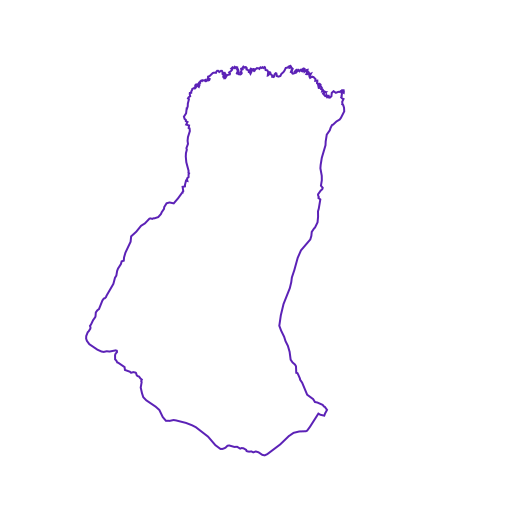 the district of Kham Thale So, Nakhon Ratchasima, Thailand, rotated 203°
{"feature_id": "78962969B48242512834839", "entity_name": "Kham Thale So", "entity_type": "district", "adm_level": 2, "iso_a3": "THA", "parent_name": "Thailand", "parent_adm1": "Nakhon Ratchasima", "projection": "equal_earth", "projection_center": [101.939, 15.02], "detail": "fine", "context": "isolated", "style": "outline", "palette": "violet", "viewbox_px": 512, "rotation_deg": 203, "n_neighbors": 0, "source": "geoboundaries", "source_scale": "gbopen_adm2", "svg_char_len": 6118}
<svg xmlns="http://www.w3.org/2000/svg" viewBox="0 0 512 512"><g transform="rotate(203 256 256)"><path d="M130.5,142.1L133.7,144.0L134.6,144.0L136.5,145.0L142.3,145.1L144.7,144.6L147.5,146.6L154.7,148.3L164.0,157.4L167.1,159.4L167.7,160.4L170.8,163.3L172.1,164.4L173.3,164.2L176.1,170.1L177.7,171.3L180.8,172.3L183.6,174.1L187.6,180.9L191.5,185.7L195.6,189.2L198.5,192.6L203.8,197.2L207.3,200.9L210.0,211.2L211.9,222.6L212.3,239.6L213.3,245.6L214.6,250.3L215.2,257.9L216.9,270.6L216.8,278.8L212.5,292.4L212.9,296.1L214.1,300.0L213.3,304.1L212.8,305.2L212.5,311.0L214.2,316.4L216.4,321.4L216.7,324.0L218.9,333.2L221.2,333.8L221.3,334.9L222.4,335.9L223.0,337.0L222.0,341.5L221.1,343.4L221.2,344.8L223.7,346.1L225.0,351.4L226.8,355.5L231.0,361.9L232.1,365.2L233.8,372.1L235.3,385.1L236.6,388.6L238.3,395.4L237.2,400.5L237.4,403.1L237.2,406.2L236.4,407.0L234.5,411.3L232.3,414.3L231.8,416.4L231.3,423.6L232.9,426.9L234.8,429.1L236.0,429.4L236.0,430.2L236.9,431.5L236.8,434.7L238.3,434.7L239.6,435.3L239.5,436.5L239.9,436.9L239.9,437.9L241.0,439.8L240.6,440.5L239.0,440.4L239.3,441.5L240.1,442.8L241.6,442.2L241.8,441.3L242.5,440.9L242.9,439.8L244.3,439.3L246.3,437.4L249.0,438.0L250.0,435.8L249.0,432.5L249.9,430.6L251.6,430.2L251.4,431.5L251.7,431.9L252.7,431.3L253.0,430.4L254.2,431.9L254.4,430.4L254.7,430.2L257.8,431.7L257.7,432.3L256.9,432.5L255.8,434.2L256.7,434.0L257.2,434.3L257.9,433.8L258.7,434.5L259.5,433.6L259.8,435.2L261.4,435.1L261.5,435.5L261.1,436.5L262.8,437.7L263.6,436.6L263.6,435.3L263.9,435.2L265.3,437.2L264.2,437.5L263.7,439.0L264.8,439.4L265.8,438.7L267.3,438.8L267.6,439.3L267.5,440.1L268.1,441.4L269.9,440.4L270.4,442.1L273.0,443.2L274.1,442.8L274.5,443.0L275.8,441.1L276.9,442.0L276.7,445.3L277.6,444.4L278.7,445.2L278.6,443.7L280.0,444.2L280.2,443.2L280.7,443.1L280.5,445.5L281.4,445.3L281.7,445.7L281.1,446.5L281.3,447.5L282.7,446.5L283.5,444.5L284.6,445.9L284.5,447.2L285.3,447.3L285.8,446.8L285.5,445.9L285.5,444.6L285.2,444.4L285.5,444.0L286.7,444.2L287.2,445.2L287.7,444.9L288.2,443.1L289.5,443.8L289.9,442.6L291.2,443.4L291.9,442.5L292.2,441.3L290.8,441.6L290.7,440.5L293.3,438.2L293.9,438.3L294.3,439.1L295.8,439.0L295.9,440.0L295.3,440.8L295.9,441.5L295.4,442.2L295.4,442.7L297.1,443.3L298.0,442.7L297.8,444.0L298.6,444.5L300.1,443.0L300.3,442.0L302.1,440.7L302.2,437.9L302.6,436.0L303.8,433.5L303.9,431.2L305.4,429.9L307.1,429.8L308.6,432.0L309.3,432.0L309.9,430.4L309.4,428.7L309.7,427.6L311.2,427.3L311.5,428.5L313.4,429.0L314.6,430.5L315.2,430.6L315.7,430.2L315.1,428.3L315.3,427.2L315.7,426.8L316.7,430.2L318.1,431.3L319.8,430.9L321.5,433.2L322.0,433.3L322.7,431.9L323.8,432.3L324.3,431.3L325.6,431.4L326.0,429.6L326.8,429.9L327.5,429.4L328.5,429.4L329.7,427.1L329.6,426.2L330.0,425.5L330.6,425.7L331.2,427.2L331.5,427.1L332.0,425.3L333.2,426.4L334.0,426.4L334.2,424.7L332.2,423.2L332.3,421.6L333.6,422.7L334.5,422.5L335.4,424.0L337.6,424.0L337.9,425.3L339.0,425.9L339.5,425.8L339.8,425.0L341.6,425.4L341.8,424.6L341.3,423.0L342.7,422.9L342.9,422.5L341.7,420.9L342.0,419.1L340.6,418.8L340.7,417.8L341.3,417.0L342.8,416.6L343.2,417.5L343.7,417.7L344.6,416.5L345.0,416.6L345.0,418.6L344.4,419.4L345.3,420.6L345.9,420.0L346.3,420.3L347.0,422.3L348.1,422.1L348.6,420.9L349.5,421.6L349.8,420.5L351.3,420.6L352.0,418.8L350.8,418.6L350.7,418.2L351.4,416.2L352.5,414.5L351.2,413.7L351.1,412.9L353.3,411.2L353.8,407.6L354.6,407.2L355.0,408.3L355.9,407.9L356.2,408.3L354.8,410.6L355.0,411.4L356.4,412.4L357.2,411.9L356.9,410.0L357.8,410.3L359.0,412.6L359.7,413.1L360.6,412.8L361.7,411.0L363.2,411.7L364.1,411.3L364.5,410.2L364.4,409.0L366.4,408.3L367.3,407.5L369.0,403.5L370.2,402.4L369.9,401.7L368.9,400.8L367.8,400.8L367.8,399.6L368.4,399.1L369.3,400.2L369.8,400.2L369.8,398.2L370.4,397.3L370.7,397.2L371.5,398.2L372.3,397.2L373.7,397.0L374.0,396.0L374.9,396.2L375.6,394.8L375.1,393.6L376.1,393.4L376.3,392.1L374.8,391.4L374.7,389.3L376.2,389.7L376.1,391.0L376.4,391.4L378.2,390.5L378.6,389.4L377.2,388.3L377.3,387.2L377.6,386.6L378.3,387.3L378.8,386.1L379.9,385.0L379.7,383.4L379.9,382.3L379.4,380.9L380.6,380.2L380.3,379.2L379.0,377.4L380.0,375.8L380.2,374.5L379.0,374.2L378.3,369.7L377.3,367.0L377.1,364.5L377.4,364.5L376.1,360.0L376.8,356.1L375.3,354.3L373.7,353.8L373.3,352.7L371.4,352.6L371.6,349.7L368.6,350.0L368.0,347.5L367.0,347.5L365.7,345.1L365.1,338.9L364.0,335.3L362.4,332.6L362.2,328.1L361.2,326.8L360.7,323.4L359.5,320.1L356.8,315.1L351.3,308.0L350.7,306.2L349.9,306.0L349.9,304.6L348.9,302.3L349.7,300.7L349.5,299.7L348.5,298.3L349.9,298.1L349.2,293.9L348.6,292.3L350.6,291.0L348.3,287.3L348.6,286.8L348.3,285.7L348.7,285.5L350.3,278.6L352.3,272.3L356.5,271.5L358.9,269.6L359.6,265.2L359.1,263.4L359.9,259.5L359.9,257.5L361.2,253.6L364.2,251.0L365.2,250.6L365.9,249.7L368.0,249.3L368.7,248.7L371.0,242.6L373.6,238.9L375.7,231.6L378.6,225.3L377.0,220.1L377.5,208.1L376.9,203.1L375.9,200.0L377.6,198.6L377.2,195.8L378.1,190.5L378.0,188.0L376.9,183.4L377.3,180.8L376.4,174.6L378.1,160.9L378.0,159.7L378.6,158.1L379.5,157.3L380.0,155.1L379.8,145.8L380.8,144.1L381.4,141.5L380.2,137.9L380.1,136.9L380.9,133.3L381.1,128.5L381.5,126.8L380.5,125.7L380.1,124.4L380.6,121.3L381.1,120.1L381.0,116.0L380.1,113.6L378.5,111.8L375.0,109.7L365.4,107.8L360.9,107.7L358.7,108.2L356.2,110.0L353.5,110.8L348.3,114.3L347.1,114.4L346.4,113.3L347.1,111.1L347.0,109.7L345.3,105.8L343.8,105.2L342.1,103.8L341.1,103.9L333.6,102.4L332.1,99.9L326.8,100.2L325.4,99.7L323.5,101.2L321.3,101.6L320.7,101.4L319.3,99.7L318.2,99.2L316.5,99.3L314.5,98.1L312.8,97.6L312.8,96.0L312.0,95.3L310.7,89.8L307.3,85.1L304.6,82.0L300.7,80.3L289.5,78.1L284.8,76.5L278.9,71.3L274.5,69.1L270.9,70.6L267.8,72.8L265.4,73.4L255.2,75.0L248.7,75.2L244.5,74.9L229.6,71.0L219.5,66.0L213.3,64.5L211.5,65.3L210.2,66.5L209.2,67.6L208.1,70.2L206.7,71.1L201.3,71.8L198.8,73.0L195.3,72.5L194.2,73.6L192.4,74.1L189.3,73.7L188.5,72.8L187.7,72.8L185.9,73.2L183.9,74.3L181.8,74.2L179.8,76.0L177.0,76.3L172.5,75.4L170.1,75.9L168.2,78.0L160.1,92.0L155.4,103.1L152.3,107.9L147.6,111.4L141.6,114.2L140.7,115.2L139.6,119.8L137.0,135.3L134.8,135.0L130.8,135.7L130.9,138.1L130.5,142.1Z" fill="none" stroke="#5b21b6" stroke-width="2"/></g></svg>